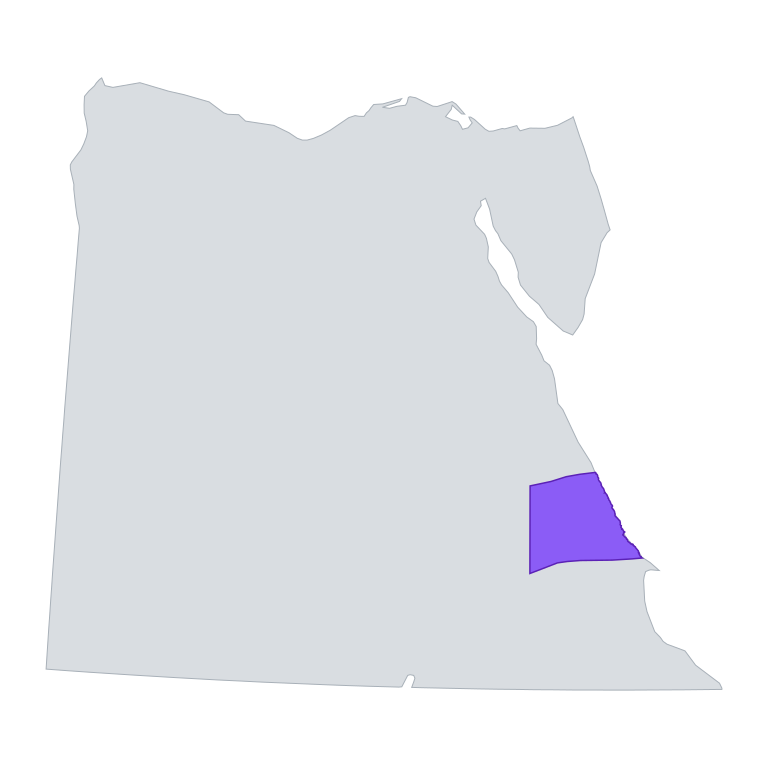 location of Marsa Alam, Al Bahr al Ahmar, Egypt
{"feature_id": "37247803B19297711577028", "entity_name": "Marsa Alam", "entity_type": "district", "adm_level": 2, "iso_a3": "EGY", "parent_name": "Egypt", "parent_adm1": "Al Bahr al Ahmar", "projection": "orthographic", "projection_center": [35.034, 24.707], "detail": "fine", "context": "in_parent", "style": "filled", "palette": "violet", "viewbox_px": 768, "rotation_deg": 0, "n_neighbors": 0, "source": "geoboundaries", "source_scale": "gbopen_adm2", "svg_char_len": 7072}
<svg xmlns="http://www.w3.org/2000/svg" viewBox="0 0 768 768"><path d="M721.9,689.4L703.2,689.6L684.5,689.8L665.7,689.9L647.0,690.0L628.3,690.1L609.6,690.1L590.8,690.0L572.1,690.0L553.4,689.8L534.6,689.7L515.9,689.4L497.2,689.2L478.5,688.9L459.8,688.5L441.1,688.1L422.4,687.7L411.7,687.4L413.7,682.0L414.9,678.2L413.7,675.4L410.1,674.7L407.7,675.4L401.8,686.8L398.9,687.1L392.2,686.9L370.5,686.3L348.7,685.6L327.0,684.8L305.3,683.9L283.6,683.0L261.9,682.1L240.2,681.0L218.6,680.0L197.0,678.8L175.3,677.6L153.7,676.3L132.2,675.0L110.6,673.6L89.1,672.2L67.6,670.7L46.1,669.1L47.0,655.3L47.9,641.6L48.8,627.8L49.8,614.0L50.7,600.2L51.7,586.4L52.6,572.6L53.6,558.9L54.6,545.1L55.6,531.3L56.6,517.5L57.6,503.7L58.6,489.9L59.6,476.1L60.6,462.3L61.7,448.5L62.7,434.8L63.8,421.0L64.8,407.2L65.9,393.4L67.0,379.6L68.1,365.9L69.2,352.1L70.3,338.3L71.4,324.6L72.5,310.8L73.6,297.0L74.8,283.3L75.9,269.5L77.1,255.8L78.2,242.0L79.4,228.3L79.2,225.7L77.0,216.1L75.4,204.1L73.8,189.3L73.9,184.5L70.4,169.2L70.3,164.9L71.8,161.9L80.9,149.9L83.8,143.9L86.5,136.7L87.7,130.8L86.2,121.5L84.2,113.1L84.1,104.6L84.5,96.3L89.0,90.9L94.3,86.0L96.4,82.9L99.5,79.5L101.7,77.9L104.9,85.6L112.9,87.4L139.9,82.7L168.6,91.2L184.5,94.8L209.1,101.9L223.6,112.8L227.7,114.3L238.7,114.7L245.5,121.1L273.9,125.4L288.9,132.7L297.3,138.3L302.4,140.1L307.1,140.1L313.4,138.4L321.5,135.0L330.3,130.2L348.7,117.7L355.1,115.6L359.1,116.3L364.1,116.4L366.4,112.9L369.1,110.5L370.9,107.8L373.7,104.5L382.9,103.9L401.6,98.7L399.5,101.4L382.4,107.3L389.6,108.3L397.0,106.3L405.5,105.2L407.1,102.5L408.4,97.4L410.0,96.7L415.8,97.8L432.9,106.2L437.2,106.5L449.5,102.5L452.1,101.6L456.0,104.1L464.7,114.1L461.6,113.9L452.2,105.2L451.2,109.4L445.5,116.7L452.3,120.0L457.8,121.4L460.7,125.6L462.5,129.3L468.1,127.8L472.2,122.9L470.2,120.0L468.9,117.1L470.7,117.1L474.5,119.5L485.2,129.2L488.9,131.3L493.2,131.0L502.2,128.5L504.7,128.9L516.8,125.6L518.1,128.2L520.1,130.8L529.8,128.1L545.0,128.3L557.5,125.3L571.9,117.9L573.1,116.7L573.8,118.6L575.5,123.7L579.8,136.8L583.6,147.1L588.2,161.3L589.7,166.7L590.3,170.5L597.1,186.1L601.1,198.9L604.1,209.4L608.3,224.6L610.1,229.9L607.1,232.7L601.1,242.6L594.6,274.0L585.2,298.6L584.1,314.0L582.6,319.6L578.1,327.4L572.7,335.0L563.2,331.0L547.8,317.4L539.0,304.5L529.4,296.2L520.5,285.1L518.1,277.2L518.3,272.2L514.5,259.8L511.7,254.0L500.9,240.7L497.9,233.7L495.5,230.6L493.2,226.1L489.6,209.1L485.5,198.3L480.5,201.2L481.2,205.7L476.8,211.9L474.0,219.1L475.9,225.1L484.6,234.3L486.4,238.3L488.3,246.9L487.7,258.5L489.1,262.5L495.7,271.3L498.0,276.5L499.4,281.0L501.6,285.0L508.2,292.7L517.7,307.2L526.8,317.0L533.4,321.7L536.2,326.5L536.6,338.6L536.1,344.3L541.8,355.3L544.0,360.8L549.6,365.3L552.2,370.5L554.5,378.8L557.9,403.5L562.8,409.6L578.1,442.1L591.0,462.6L597.3,478.0L607.0,496.6L626.0,537.5L637.4,550.1L642.0,557.2L650.3,562.7L659.2,570.5L650.7,569.8L648.6,570.3L645.6,571.6L644.2,576.4L643.6,580.3L644.7,601.1L647.0,611.6L654.7,631.6L660.4,637.5L663.1,641.4L667.0,644.2L685.0,650.9L695.6,665.2L719.5,683.2L721.9,688.2L721.9,689.4Z" fill="#d9dde1" stroke="#a8b0b8" stroke-width="1"/><path d="M642.2,558.0L641.9,557.8L641.7,557.8L641.4,557.6L641.3,557.4L641.2,557.2L641.2,556.8L641.2,556.7L640.9,556.6L640.6,556.5L639.9,555.7L639.7,555.3L639.5,554.9L639.2,554.5L639.2,554.3L639.2,554.1L639.4,554.0L639.4,553.8L639.3,553.6L639.2,553.3L639.2,553.1L639.1,552.9L638.9,553.0L638.7,553.1L638.5,552.9L638.4,552.6L638.4,552.2L638.6,552.1L638.6,551.8L638.5,551.4L638.2,550.7L637.8,550.3L637.6,550.1L637.3,549.6L636.8,549.1L636.4,548.6L635.8,547.9L635.5,547.5L635.5,547.3L635.5,547.1L635.4,547.0L635.2,546.7L634.9,546.6L634.7,546.6L634.4,546.4L634.4,546.2L634.2,545.9L633.9,545.7L633.6,545.7L633.4,545.6L633.3,545.4L633.2,545.1L633.2,544.8L633.2,544.6L633.1,544.4L632.9,544.3L632.6,544.2L632.4,544.1L632.4,544.4L632.4,544.5L632.2,544.6L631.9,544.4L631.5,544.1L631.3,544.0L630.9,543.9L630.6,543.8L630.4,543.6L630.2,543.4L630.1,543.1L630.0,542.7L629.9,542.6L629.5,542.4L629.1,542.4L628.9,542.2L628.4,541.7L628.1,541.6L627.9,541.4L627.7,541.2L627.6,540.7L627.6,540.1L627.2,539.5L627.0,539.3L626.7,539.3L626.6,539.2L626.7,538.9L626.6,538.7L626.2,538.5L626.2,538.2L626.1,537.9L626.0,537.7L625.9,537.5L625.7,537.4L625.6,537.2L625.3,537.1L625.2,537.1L624.8,537.0L624.6,536.9L624.3,536.5L624.1,536.1L623.9,535.9L623.8,535.7L623.2,535.2L622.8,534.9L622.9,534.6L623.1,534.3L623.2,534.1L623.4,534.0L623.6,534.0L623.7,533.8L623.6,533.4L623.6,533.0L623.6,532.7L623.8,532.4L624.2,532.3L624.5,532.3L624.7,532.2L624.8,532.0L624.7,531.8L624.6,531.7L624.0,531.4L623.6,531.2L623.3,530.7L623.2,530.5L623.0,530.0L622.9,529.7L622.7,529.3L622.6,529.2L622.4,529.0L622.2,528.9L621.9,529.0L622.0,529.2L621.9,529.3L621.7,529.3L621.7,529.1L621.8,528.9L621.9,528.6L621.9,528.4L621.5,528.1L621.3,527.7L621.1,527.5L620.9,527.3L620.9,527.1L621.1,526.7L621.2,526.1L621.3,525.8L621.3,525.6L621.2,525.6L620.7,525.5L620.5,525.3L620.4,525.0L620.2,524.7L620.1,524.4L620.2,524.1L620.3,523.6L620.4,523.4L620.4,523.1L620.3,522.6L620.1,522.2L620.1,521.6L620.0,521.2L619.8,520.8L619.7,520.6L619.5,520.4L619.0,520.1L618.8,519.9L618.6,519.5L618.3,519.2L617.9,518.9L617.8,518.6L617.6,518.3L617.3,518.1L617.0,517.9L616.8,517.6L616.7,517.4L616.4,517.2L616.0,516.9L615.8,516.7L615.6,516.5L615.4,516.3L615.2,516.0L615.1,515.8L615.0,515.4L615.0,514.7L615.1,514.2L615.1,513.9L614.9,513.7L614.8,513.3L614.7,512.5L614.6,511.8L614.4,511.3L614.1,510.7L613.9,510.4L613.6,510.0L613.5,509.7L613.3,509.7L613.2,509.5L613.2,509.3L613.0,509.1L612.6,508.9L612.1,508.1L611.9,507.7L611.9,507.3L612.0,506.9L612.2,506.7L612.4,506.5L612.5,506.2L612.4,505.9L612.4,505.6L612.3,505.4L612.1,505.1L611.8,504.9L611.4,504.6L611.3,504.4L611.0,503.9L610.8,503.7L610.7,503.1L610.5,502.8L610.5,502.6L610.4,502.4L610.4,502.2L610.2,502.1L610.0,501.9L610.0,501.6L610.0,501.4L609.9,501.2L609.7,500.8L609.4,500.5L609.2,500.3L609.1,500.0L608.9,499.9L608.8,499.5L608.7,499.1L608.7,498.7L608.2,498.3L608.3,498.2L608.3,497.9L608.1,497.4L607.7,496.7L607.4,496.3L607.3,496.0L607.2,495.6L607.3,495.4L607.1,495.1L606.9,494.9L606.7,494.8L606.6,494.7L606.6,494.4L606.4,494.1L605.8,493.6L605.5,493.3L605.4,492.9L605.3,492.7L605.2,492.6L604.8,492.7L605.0,492.4L604.8,492.2L604.7,492.0L604.5,491.9L604.5,491.2L604.3,490.8L604.1,490.3L604.0,489.8L603.9,489.6L603.8,489.1L603.6,488.8L603.4,488.4L603.1,488.0L602.8,487.8L602.6,487.6L602.4,487.2L602.0,486.8L601.8,486.4L601.6,485.9L601.5,485.6L601.2,485.3L601.3,484.9L601.3,484.7L601.2,484.6L601.1,484.3L601.1,484.0L601.0,483.6L600.9,483.2L600.5,482.4L600.2,482.0L599.7,481.8L599.5,481.5L599.4,481.1L599.1,480.8L598.9,480.6L598.6,479.9L598.4,479.4L598.4,478.9L598.5,478.6L598.6,478.3L598.4,478.2L598.3,477.7L597.8,477.0L597.6,476.8L597.7,476.2L597.6,475.9L597.6,475.4L597.4,475.0L597.2,474.7L596.9,474.3L596.8,474.2L596.6,474.2L596.4,474.2L596.2,474.1L596.0,473.9L596.1,473.6L596.1,473.4L595.8,473.1L595.7,472.9L595.7,472.6L595.4,472.4L579.7,474.3L566.2,476.7L550.9,481.5L530.1,485.9L529.9,573.5L557.4,562.9L567.3,561.5L580.5,560.5L612.2,560.1L632.0,558.9L642.2,558.0Z" fill="#8b5cf6" stroke="#5b21b6" stroke-width="1.5"/></svg>